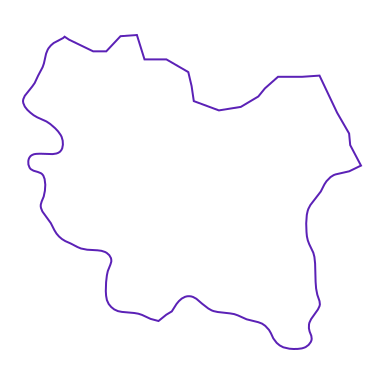 the district of Sabana Iglesia, La Vega, Dominican Republic
{"feature_id": "3306468B1703224271200", "entity_name": "Sabana Iglesia", "entity_type": "district", "adm_level": 2, "iso_a3": "DOM", "parent_name": "Dominican Republic", "parent_adm1": "La Vega", "projection": "albers", "projection_center": [-70.716, 19.324], "detail": "fine", "context": "isolated", "style": "outline", "palette": "violet", "viewbox_px": 384, "rotation_deg": 0, "n_neighbors": 0, "source": "geoboundaries", "source_scale": "gbopen_adm2", "svg_char_len": 2294}
<svg xmlns="http://www.w3.org/2000/svg" viewBox="0 0 384 384"><path d="M361.0,165.6L350.2,145.1L349.1,133.5L337.1,112.7L319.5,75.6L302.1,76.8L278.0,76.8L264.9,88.4L258.3,96.5L240.8,106.9L218.9,110.4L193.8,101.1L191.6,86.1L188.3,72.1L166.4,59.4L144.5,59.4L136.9,35.0L120.5,36.2L106.3,51.3L93.1,51.3L69.1,39.7L64.6,36.7L63.2,38.0L53.7,43.0L50.9,45.4L48.5,48.3L47.6,49.9L46.1,53.6L43.9,63.5L42.6,67.2L38.1,75.7L34.7,83.0L32.3,86.4L24.8,95.8L23.3,99.2L23.0,101.1L23.3,103.1L24.8,106.6L27.3,109.8L30.3,112.6L33.6,115.2L37.2,117.3L46.5,121.5L50.1,123.9L55.1,128.2L58.1,131.4L60.6,134.9L61.6,136.8L62.7,140.7L62.9,144.7L62.2,148.4L61.3,150.1L60.0,151.7L58.3,152.8L56.5,153.5L52.6,154.1L40.0,153.7L36.0,153.9L34.1,154.2L32.3,154.9L30.6,156.0L29.4,157.6L28.7,159.2L28.3,161.0L28.4,164.5L29.6,167.7L30.7,169.1L33.5,170.7L37.9,172.0L40.9,173.2L42.2,174.2L43.3,175.6L44.6,179.0L45.3,184.8L44.9,190.8L43.7,196.6L41.7,201.4L40.8,204.5L40.7,206.2L41.0,208.0L42.4,211.5L50.8,223.1L54.4,230.2L56.5,233.6L59.0,236.5L61.9,239.0L65.3,241.1L70.7,243.5L77.4,247.0L81.0,248.5L87.1,249.7L97.4,250.3L101.4,250.8L105.1,252.0L106.7,252.9L109.3,255.2L111.0,258.2L111.3,259.9L111.3,261.6L110.4,264.6L107.8,271.1L106.9,275.3L106.1,282.1L105.8,291.2L106.1,295.8L106.9,300.1L108.7,304.0L111.2,307.0L114.2,309.4L117.9,311.1L121.9,311.9L134.2,313.0L138.3,313.7L142.0,314.9L150.6,318.9L158.5,321.0L166.3,314.7L171.8,311.4L176.5,304.0L178.9,301.1L181.7,298.6L185.1,296.8L187.1,296.3L189.1,296.2L191.2,296.4L193.1,297.0L196.4,298.8L202.1,303.7L208.3,308.5L211.7,310.4L213.6,311.1L217.7,312.0L230.1,313.4L234.2,314.1L237.9,315.4L246.6,319.3L258.3,322.2L262.0,323.6L265.2,325.8L269.0,329.9L270.9,333.2L273.3,338.4L276.7,342.9L279.7,345.4L283.3,347.3L289.4,348.7L293.6,349.0L297.8,348.9L301.8,348.4L303.8,347.8L305.6,347.1L308.6,344.9L310.7,342.1L311.4,340.5L311.7,338.9L311.3,335.8L309.6,331.5L308.9,328.2L309.0,324.5L309.4,322.7L311.1,319.1L317.9,309.5L319.5,306.2L319.9,304.4L319.5,301.1L317.3,294.7L316.1,288.5L315.6,281.9L315.1,263.6L314.4,256.9L313.3,252.7L309.2,244.1L307.8,240.4L306.9,236.3L306.5,232.0L306.2,223.4L306.8,214.9L307.7,210.8L308.4,208.8L310.4,205.0L320.8,191.5L324.4,184.4L326.5,181.2L330.5,177.1L333.7,175.1L335.6,174.4L349.2,171.3L359.5,166.3L361.0,165.6Z" fill="none" stroke="#5b21b6" stroke-width="2"/></svg>